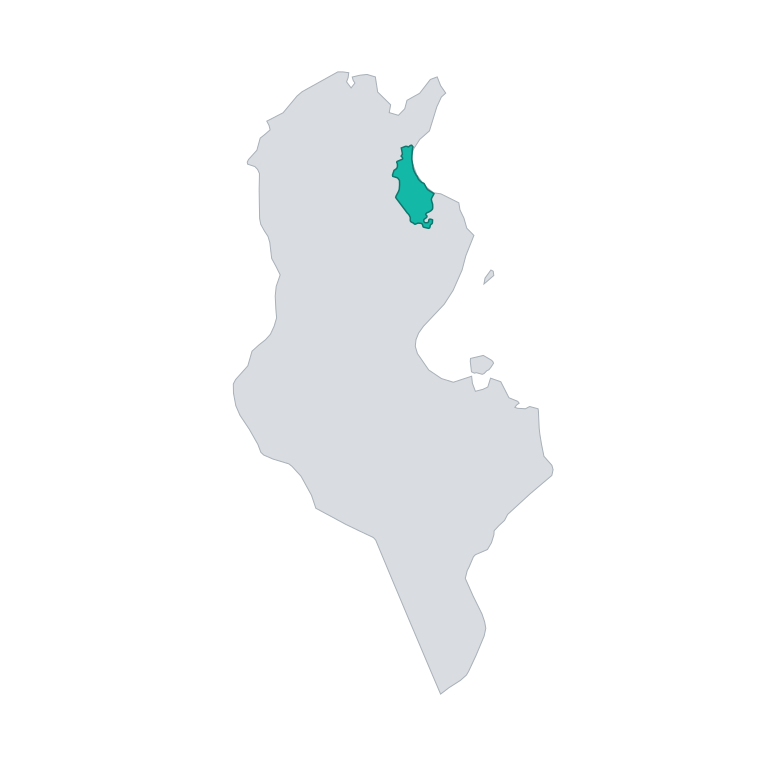 where Sousse sits in Tunisia, rotated 349°
{"feature_id": "TUN-119", "entity_name": "Sousse", "entity_type": "Governorate", "adm_level": 1, "iso_a3": "TUN", "parent_name": "Tunisia", "parent_adm1": "", "projection": "albers", "projection_center": [10.439, 35.896], "detail": "fine", "context": "in_parent", "style": "filled", "palette": "teal", "viewbox_px": 768, "rotation_deg": 349, "n_neighbors": 0, "source": "natural_earth", "source_scale": "10m", "svg_char_len": 4501}
<svg xmlns="http://www.w3.org/2000/svg" viewBox="0 0 768 768"><g transform="rotate(349 384 384)"><path d="M530.5,437.7L530.4,440.0L527.9,456.9L527.4,462.9L527.1,473.2L527.2,485.5L533.3,495.9L533.6,500.4L531.3,505.8L520.3,511.9L506.1,519.9L493.9,527.4L480.5,535.6L476.3,540.9L469.7,545.0L464.1,549.1L463.1,553.0L459.2,560.3L454.0,566.2L441.2,569.0L438.8,570.7L432.8,579.6L430.1,583.0L426.7,590.3L431.0,609.1L436.3,628.5L437.4,636.6L437.3,643.3L434.2,650.5L427.3,660.9L422.2,668.5L412.3,682.1L409.4,685.4L402.7,689.4L389.6,694.6L380.4,699.2L375.9,678.3L372.1,660.4L369.0,645.7L363.5,619.8L358.9,597.7L354.3,575.7L350.2,555.8L346.1,535.7L344.3,532.7L331.2,523.1L319.3,514.2L306.9,504.0L293.4,493.0L291.6,479.4L285.0,458.8L278.0,447.3L275.3,444.2L260.7,436.5L252.4,430.8L250.1,427.6L248.7,419.3L243.1,402.6L236.7,387.4L234.4,377.1L234.5,364.3L236.1,355.2L239.2,351.3L253.8,340.2L260.7,326.6L269.0,321.6L276.2,317.9L282.0,313.5L287.2,306.3L291.2,298.6L292.1,290.2L294.0,276.9L296.8,267.6L302.9,257.1L300.6,248.6L297.7,239.3L298.9,223.4L298.3,217.0L295.9,211.2L293.5,203.8L293.5,197.7L296.3,181.8L298.5,169.6L301.9,153.7L300.9,149.3L298.7,145.9L292.1,142.2L292.1,140.1L293.8,137.8L303.8,130.3L309.4,119.0L313.9,116.7L320.7,112.8L320.5,108.3L319.1,103.6L336.7,98.5L353.6,84.7L359.5,81.4L398.2,68.8L403.2,69.8L408.8,71.7L407.2,76.5L404.9,80.3L408.2,87.1L412.9,83.0L411.7,80.2L411.4,76.6L419.4,76.3L426.4,76.9L434.1,80.9L433.5,96.2L443.8,111.2L440.9,118.6L449.4,123.0L456.9,117.8L460.7,109.9L474.5,105.4L487.6,93.9L494.8,92.7L496.5,102.0L500.1,110.2L495.1,113.2L488.8,121.9L476.9,144.2L465.8,150.7L457.5,159.3L454.8,165.4L454.0,172.5L456.1,185.1L462.2,198.0L469.3,205.8L476.1,208.2L492.0,220.4L491.8,227.7L494.1,236.4L495.0,246.9L500.6,255.3L488.8,273.7L482.4,287.0L469.7,305.3L458.3,317.2L433.8,334.8L427.7,340.6L423.8,346.7L421.9,353.0L422.6,360.5L430.6,378.8L441.4,389.6L452.4,395.5L471.5,393.1L470.9,400.1L472.3,408.6L480.1,408.1L485.3,406.8L489.7,398.6L499.1,404.1L504.0,421.3L512.0,426.6L513.0,428.6L510.2,429.9L508.0,431.9L510.4,433.3L518.1,435.3L522.7,433.9L530.5,437.7ZM489.6,390.1L487.6,390.5L484.1,392.9L482.2,393.2L476.8,390.5L474.8,390.6L472.2,388.7L473.0,378.3L473.8,375.4L486.9,374.9L494.0,381.1L495.1,382.7L495.5,384.5L492.2,387.9L489.6,390.1ZM512.5,298.4L501.2,304.9L503.4,299.3L510.7,292.5L512.7,294.1L512.5,298.4Z" fill="#d9dde1" stroke="#a8b0b8" stroke-width="1"/><path d="M457.7,156.9L457.0,158.0L456.0,161.4L455.0,165.1L454.1,168.7L454.0,173.3L453.8,178.0L454.2,181.0L455.1,184.0L455.6,185.6L456.0,186.1L456.3,187.0L456.7,189.0L457.0,189.8L458.6,192.2L459.7,193.5L460.7,194.1L461.6,194.9L463.5,200.8L464.4,202.0L469.4,206.7L469.3,206.9L466.4,210.4L465.7,211.7L465.7,212.1L465.7,213.7L466.0,216.5L466.0,217.1L465.5,220.1L465.2,221.0L464.9,221.6L464.3,222.1L463.1,222.9L460.5,223.8L458.9,224.1L458.5,224.3L458.1,224.5L457.5,225.0L457.3,225.3L457.3,225.7L458.0,226.7L458.2,227.1L458.2,227.7L458.0,228.1L457.7,228.5L457.1,228.9L454.8,230.0L454.5,230.2L454.3,230.7L454.2,231.7L454.2,232.2L454.2,232.3L454.4,232.7L454.6,233.0L454.9,233.3L455.2,233.5L455.6,233.7L455.9,233.7L457.4,233.9L457.9,233.8L458.4,233.5L458.8,232.9L459.0,232.5L459.2,231.7L459.3,231.5L459.5,231.2L459.8,231.0L460.2,230.9L460.6,230.9L462.3,231.6L463.0,232.2L462.3,234.8L462.2,235.2L461.8,235.7L460.1,236.6L459.8,237.0L459.5,237.5L459.2,238.5L458.8,239.1L458.5,239.5L458.1,239.6L457.6,239.7L457.2,239.6L453.0,237.7L452.7,237.5L452.4,237.1L452.3,236.6L452.2,235.0L452.1,234.5L451.8,234.1L451.6,233.8L451.2,233.5L450.8,233.3L448.3,232.6L447.6,232.6L445.3,233.1L444.8,233.0L444.4,232.8L443.6,231.7L441.9,230.4L441.6,230.1L441.3,229.8L441.1,229.4L441.0,228.9L441.0,228.5L441.1,227.7L441.6,225.6L440.8,222.7L440.2,221.6L439.5,220.6L431.4,204.0L431.2,203.3L431.1,203.0L431.3,202.7L431.6,202.0L435.0,197.7L435.8,196.4L436.0,196.1L436.4,194.8L437.3,191.5L438.0,187.4L437.9,186.8L437.6,186.2L437.0,184.9L436.6,184.3L436.2,184.0L432.2,181.8L432.2,180.5L434.6,176.2L436.5,175.4L437.2,175.0L437.8,174.5L438.1,174.2L438.4,173.7L438.7,172.9L439.0,171.5L439.1,170.7L439.1,170.1L438.8,169.0L438.8,168.7L439.0,168.3L439.5,168.0L439.9,167.9L445.0,166.8L445.3,166.5L445.4,166.0L445.2,165.0L444.9,164.5L444.5,164.1L444.3,163.7L444.4,163.4L444.8,162.9L445.8,162.2L446.0,160.7L446.0,155.6L448.3,155.2L450.4,154.8L451.9,155.1L452.3,155.5L453.1,155.9L453.5,155.9L454.0,155.6L454.5,155.3L455.5,154.9L456.0,154.8L456.4,154.8L456.7,154.9L456.8,155.1L457.0,155.3L457.3,156.1L457.7,156.9Z" fill="#14b8a6" stroke="#0f766e" stroke-width="1.5"/></g></svg>